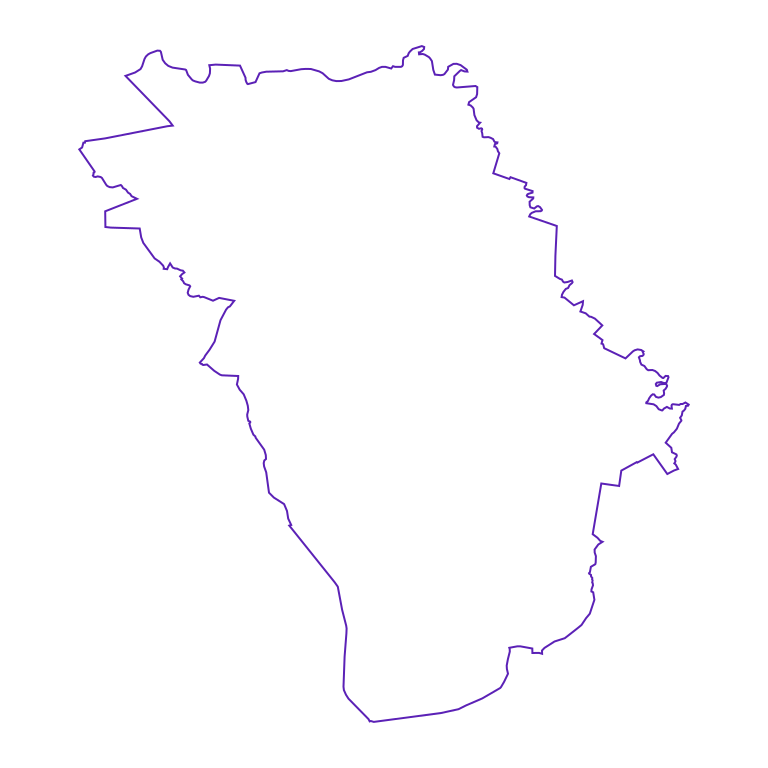 the district of Cociuba Mare, Bihor, Romania
{"feature_id": "2599482B9172762662109", "entity_name": "Cociuba Mare", "entity_type": "district", "adm_level": 2, "iso_a3": "ROU", "parent_name": "Romania", "parent_adm1": "Bihor", "projection": "robinson", "projection_center": [22.04, 46.715], "detail": "fine", "context": "isolated", "style": "outline", "palette": "violet", "viewbox_px": 768, "rotation_deg": 0, "n_neighbors": 0, "source": "geoboundaries", "source_scale": "gbopen_adm2", "svg_char_len": 6005}
<svg xmlns="http://www.w3.org/2000/svg" viewBox="0 0 768 768"><path d="M678.1,469.0L675.7,464.5L674.3,463.4L675.4,461.6L675.4,460.8L674.7,459.1L676.5,456.6L676.8,455.5L676.4,454.4L672.0,452.3L671.3,447.8L665.7,442.7L672.1,433.8L673.9,432.4L676.9,428.7L679.0,423.6L681.3,420.8L681.4,420.3L680.1,417.8L681.8,415.4L682.5,411.6L684.0,410.5L685.3,408.8L685.9,406.0L688.1,405.7L688.7,404.6L685.4,402.5L682.6,404.0L680.6,404.0L679.2,404.9L672.9,404.2L671.9,404.7L671.5,405.8L671.9,408.6L669.8,408.5L666.9,406.9L663.9,408.6L662.4,410.4L661.7,410.4L658.7,409.2L656.4,406.1L653.6,404.3L646.3,403.2L646.3,402.4L648.0,400.9L649.1,398.4L651.0,395.7L652.7,394.3L654.2,394.5L656.0,396.9L658.4,397.6L660.8,397.1L663.9,394.9L664.1,393.4L663.7,390.5L665.6,388.8L666.9,386.6L667.1,385.8L666.6,384.7L665.8,383.9L660.2,384.3L657.2,386.1L656.3,385.8L655.8,384.0L656.8,382.7L661.1,382.0L664.0,383.1L666.4,382.8L668.5,377.3L668.1,376.1L665.6,375.9L663.4,378.0L662.5,377.9L659.5,375.5L657.6,373.0L655.1,371.0L652.4,370.0L648.2,370.2L646.7,369.2L644.4,366.0L641.4,364.6L640.1,361.8L640.0,360.4L638.9,357.3L640.1,356.2L642.5,355.9L643.6,354.7L643.7,354.0L642.6,351.6L643.2,351.3L641.2,350.0L637.6,349.4L634.6,350.3L632.9,351.4L625.5,358.4L604.2,348.2L603.3,344.8L602.8,344.0L601.5,343.6L602.5,340.1L594.1,334.0L602.3,325.4L594.9,318.6L591.1,316.8L589.4,316.6L585.7,313.3L580.4,311.5L582.7,304.9L583.0,301.2L573.9,305.3L564.5,297.6L561.6,297.1L562.0,294.7L563.5,291.8L565.8,288.9L568.1,288.0L569.5,285.2L572.0,283.1L572.6,282.1L571.9,280.5L567.6,282.0L564.3,282.5L563.0,281.6L561.9,279.6L559.9,278.9L555.0,275.9L555.4,255.8L556.8,226.0L529.2,216.5L530.2,214.3L531.7,212.9L535.6,211.3L540.7,211.2L541.8,210.5L542.0,209.9L540.0,207.1L538.2,206.1L537.0,206.3L534.2,208.5L530.4,207.3L529.7,205.2L529.6,201.7L533.2,198.5L533.3,197.4L529.0,197.2L527.4,196.5L526.8,195.5L527.5,194.3L528.5,193.8L532.5,192.6L532.6,191.1L525.0,188.7L524.5,188.0L524.7,186.6L526.0,185.2L526.4,182.9L510.5,177.2L509.4,179.0L493.3,173.3L499.3,153.3L497.9,151.2L497.3,148.9L495.6,146.7L494.3,146.5L494.9,144.1L497.2,143.3L497.4,142.4L495.2,142.2L494.3,141.5L493.1,139.1L490.6,137.8L488.5,137.1L484.0,137.3L482.6,136.8L482.2,133.2L481.5,131.0L482.2,129.6L482.0,128.7L481.2,128.3L479.0,128.8L477.1,127.7L477.0,126.2L480.1,122.7L478.9,122.5L476.6,120.3L474.4,115.1L473.6,108.8L472.9,107.6L470.6,105.4L468.4,104.7L469.1,102.1L476.1,97.2L477.1,94.1L477.3,87.1L475.5,86.0L456.8,87.5L455.0,87.2L453.9,86.5L453.0,84.9L454.1,80.2L454.3,76.3L460.0,70.8L461.1,70.1L464.4,71.4L467.4,71.6L466.8,69.7L460.6,65.1L456.7,63.8L453.4,63.9L448.2,66.8L447.9,69.6L444.4,74.1L443.1,74.8L440.7,75.2L434.9,74.6L433.3,69.9L431.9,61.1L430.1,58.4L428.9,57.1L424.7,54.6L422.7,54.0L419.1,54.3L418.9,52.4L420.0,52.3L422.2,50.9L424.0,49.0L424.2,47.0L421.8,46.1L412.6,49.0L409.9,51.6L408.7,53.2L407.7,55.9L403.7,57.8L403.0,60.3L402.9,64.9L402.2,66.2L400.9,66.9L395.2,66.9L393.0,66.2L391.2,68.5L385.6,66.9L381.9,66.9L379.1,67.9L375.5,70.1L370.9,71.8L367.0,72.3L348.8,79.4L341.4,81.0L336.4,81.1L332.3,80.3L328.8,78.8L322.6,73.2L319.2,71.4L310.9,69.0L305.8,68.9L301.2,69.2L290.8,71.1L288.6,70.9L286.8,70.1L283.1,71.3L266.3,71.7L261.9,72.5L259.5,73.3L255.5,82.1L247.9,84.1L247.3,83.8L246.3,82.0L245.6,79.9L245.5,77.7L240.0,65.6L215.7,64.6L209.3,65.2L210.1,68.7L209.9,73.3L209.0,76.0L206.2,80.7L205.2,81.8L202.8,82.6L199.8,82.6L195.3,81.4L193.0,80.5L191.8,79.5L187.9,74.8L186.1,70.0L185.2,69.5L172.5,67.6L168.3,65.9L165.2,63.3L162.7,59.8L160.9,51.9L160.0,50.8L157.3,50.6L150.4,53.1L148.2,54.3L145.9,56.5L144.5,59.0L142.1,66.3L140.5,69.1L135.1,72.5L125.5,75.9L169.4,121.2L172.7,125.6L167.5,126.2L105.1,138.4L85.2,141.2L84.9,142.7L83.4,142.7L82.1,147.5L79.3,149.4L94.6,171.5L94.4,172.3L93.6,172.6L93.4,174.6L92.9,175.6L93.9,176.7L95.6,177.0L97.7,176.4L100.6,177.0L101.9,177.9L106.2,184.8L107.3,186.0L109.6,187.1L112.8,187.4L120.8,185.0L122.1,186.3L122.9,187.9L126.0,189.7L128.0,192.6L130.1,193.9L131.6,196.2L137.0,198.8L105.2,211.3L105.4,227.0L110.8,227.6L139.7,228.5L141.2,237.4L143.3,242.9L154.6,258.4L159.5,261.8L163.2,265.7L163.9,267.6L163.7,268.8L167.2,269.2L167.9,267.3L170.1,263.4L172.7,267.5L175.0,268.5L177.0,268.6L180.6,270.3L182.9,270.7L184.4,272.5L182.2,274.0L180.1,276.3L182.1,278.6L181.3,279.3L183.2,281.3L184.1,283.2L185.8,284.3L189.5,285.4L190.2,286.3L188.5,289.7L187.7,292.8L188.5,294.8L190.2,296.1L193.3,296.8L198.9,295.7L200.3,297.3L202.7,296.8L204.1,297.1L213.0,300.7L219.1,297.9L234.2,300.8L229.9,306.4L228.0,307.3L226.1,309.6L220.5,320.2L214.6,341.6L209.5,349.8L205.2,355.6L203.9,358.2L199.8,362.6L200.6,363.7L202.0,364.0L202.4,364.7L203.3,365.0L207.0,364.5L214.2,370.8L219.9,374.6L221.8,375.3L238.2,376.0L238.1,378.8L236.9,384.5L239.7,389.7L243.7,394.3L246.4,400.8L247.8,405.8L248.3,410.1L247.2,414.5L247.3,416.6L248.3,420.8L250.1,421.6L250.3,422.0L250.2,422.6L249.3,423.4L250.8,428.6L253.4,434.7L255.3,436.4L255.7,437.8L264.2,449.7L265.8,455.1L266.0,459.0L264.3,460.5L263.7,463.1L264.1,466.4L266.2,472.3L269.0,492.7L273.9,497.6L284.1,504.1L287.0,511.0L288.2,518.6L291.2,525.0L289.3,525.6L334.7,582.3L337.8,586.7L342.1,609.7L346.2,625.7L346.6,628.5L346.4,633.5L344.6,656.6L343.5,686.7L343.9,690.1L346.0,694.8L348.5,698.7L368.5,719.1L369.7,721.4L370.8,721.0L373.8,721.9L441.1,713.0L458.5,709.2L466.1,705.4L482.3,698.4L500.2,688.0L501.0,687.1L504.1,681.8L508.0,673.7L506.9,669.0L506.7,665.6L507.9,659.2L509.8,651.6L509.7,649.1L509.3,647.8L517.5,646.3L520.1,646.3L532.3,648.5L532.4,653.0L539.0,652.9L542.1,653.8L542.0,650.5L544.5,647.9L554.5,641.5L564.8,638.2L576.7,628.9L581.5,625.0L586.1,618.1L589.8,613.7L594.4,599.8L593.2,592.3L591.4,591.5L591.5,589.4L593.0,585.3L592.7,583.1L592.2,582.6L592.6,580.3L592.1,579.4L592.3,578.0L591.1,576.5L591.0,574.9L589.2,573.7L589.0,573.2L589.9,572.2L590.9,566.8L595.3,564.2L595.7,562.5L595.9,556.1L594.7,552.6L594.6,549.5L598.3,544.5L602.5,541.8L600.3,540.9L597.4,537.7L592.7,534.2L601.3,483.5L619.1,486.0L621.3,470.6L636.8,462.1L637.3,462.6L653.3,454.3L667.3,474.0L674.0,470.5L678.1,469.0Z" fill="none" stroke="#5b21b6" stroke-width="2"/></svg>